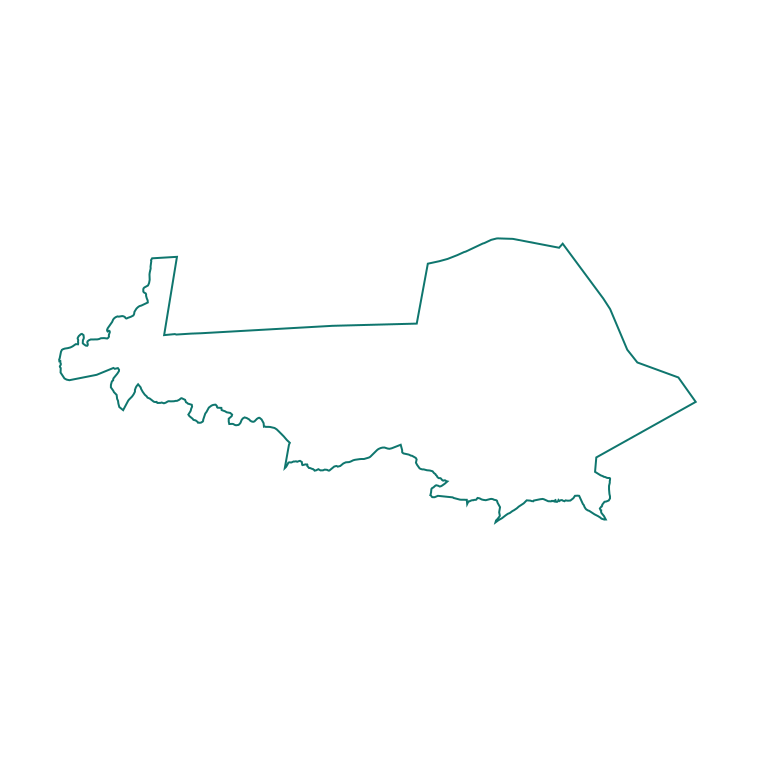 the district of El Barrio de la Soledad, Oaxaca, Mexico, rotated 226°
{"feature_id": "50627088B42092688569481", "entity_name": "El Barrio de la Soledad", "entity_type": "district", "adm_level": 2, "iso_a3": "MEX", "parent_name": "Mexico", "parent_adm1": "Oaxaca", "projection": "equal_earth", "projection_center": [-95.026, 16.802], "detail": "fine", "context": "isolated", "style": "outline", "palette": "teal", "viewbox_px": 768, "rotation_deg": 226, "n_neighbors": 0, "source": "geoboundaries", "source_scale": "gbopen_adm2", "svg_char_len": 6166}
<svg xmlns="http://www.w3.org/2000/svg" viewBox="0 0 768 768"><g transform="rotate(226 384 384)"><path d="M360.8,610.0L360.4,604.6L398.9,577.5L409.7,567.0L410.5,566.0L413.2,561.3L415.7,554.0L416.4,552.7L422.5,534.7L423.3,533.2L425.8,526.2L429.8,516.6L433.9,509.1L440.1,499.1L404.7,449.5L461.6,387.4L547.3,288.0L554.2,280.3L563.8,269.0L565.2,268.2L571.9,259.8L619.3,323.4L635.5,304.5L634.9,302.4L634.1,302.0L630.6,297.6L629.2,296.4L626.9,292.9L625.7,291.4L621.7,287.8L619.8,285.1L618.8,282.7L619.9,278.6L619.8,277.4L619.3,276.6L617.7,275.1L616.8,274.9L614.7,275.5L613.8,275.2L612.7,274.1L610.3,272.8L608.4,272.1L606.7,270.7L609.0,263.9L609.9,262.2L610.2,260.3L610.2,258.3L609.3,254.7L607.9,252.8L607.4,251.3L608.2,248.6L609.5,245.7L609.9,244.4L610.7,243.9L612.2,244.1L613.5,243.7L614.7,242.9L616.7,240.0L617.8,239.2L618.5,237.3L618.7,235.5L618.5,233.9L617.5,231.6L616.0,223.9L615.3,222.4L614.7,221.9L613.8,221.7L613.4,223.1L612.5,223.3L611.7,222.7L610.4,220.1L609.1,219.0L608.8,217.7L609.0,216.5L611.5,214.5L613.6,212.1L614.3,210.2L615.3,208.7L619.8,203.9L620.5,202.0L620.6,200.4L620.1,199.5L618.3,198.5L617.7,197.6L617.7,197.0L618.9,196.1L621.7,195.6L622.7,195.7L624.7,197.9L625.2,199.4L626.0,200.4L627.9,201.8L629.9,201.5L630.4,200.5L630.5,197.8L630.0,195.9L629.4,195.1L628.6,194.9L627.8,194.3L626.9,193.2L626.0,192.6L625.1,191.5L626.8,189.9L627.4,186.1L628.1,183.9L629.5,181.4L631.2,179.0L632.0,177.3L632.3,176.0L631.6,174.1L627.6,168.3L627.3,167.4L625.9,166.3L625.4,167.1L623.8,165.8L622.9,165.5L622.4,164.8L621.9,163.1L621.2,162.7L620.0,162.5L616.9,159.3L610.0,158.0L607.7,158.7L605.3,160.3L590.2,183.7L583.5,200.5L581.9,200.9L580.3,203.6L578.3,203.3L577.4,202.3L576.7,199.4L576.0,193.4L575.5,192.4L574.8,191.7L574.9,190.2L574.7,189.7L573.1,187.0L571.3,185.2L567.3,184.6L565.8,184.1L561.9,184.1L558.7,181.7L556.7,181.0L554.4,179.3L551.3,177.6L546.4,178.2L549.7,188.4L549.9,189.6L550.0,194.1L550.5,196.7L551.4,199.3L551.9,200.0L552.7,200.6L553.9,203.1L554.3,204.4L554.6,206.9L550.6,206.6L549.3,205.9L546.0,205.0L542.5,204.5L539.8,204.7L538.5,204.4L536.2,205.4L531.2,206.1L529.9,206.9L529.1,208.0L527.8,207.8L525.6,210.2L525.1,211.2L523.0,212.3L522.2,214.0L521.7,216.2L521.2,217.2L519.8,218.4L517.5,220.9L516.6,222.4L515.6,223.5L514.9,225.8L514.7,228.0L514.3,228.6L510.8,229.9L508.4,228.9L507.1,229.3L506.1,229.3L502.6,231.3L501.0,230.2L500.2,228.2L499.4,227.0L498.8,225.8L497.9,222.0L496.0,221.7L491.9,222.2L490.9,222.0L490.2,222.2L488.7,223.2L486.1,223.6L485.5,223.3L484.3,224.3L483.4,225.4L482.9,227.4L483.1,228.3L483.7,228.8L484.2,229.7L486.9,234.9L487.2,236.9L488.7,241.6L488.3,244.9L487.7,246.4L486.9,247.6L486.1,248.5L484.4,248.5L483.5,247.9L482.6,247.8L479.8,250.4L478.0,249.1L474.8,250.7L472.9,251.2L470.0,253.3L467.5,253.5L466.7,252.1L466.9,248.2L464.7,246.1L462.7,244.9L460.7,247.2L459.8,247.8L458.3,248.2L457.1,248.9L455.6,251.0L455.6,252.7L455.8,253.9L457.0,256.5L457.3,258.5L456.8,260.5L454.9,261.6L452.1,262.4L450.6,262.3L449.1,262.7L447.7,263.6L447.1,264.8L447.2,268.4L446.8,270.2L446.1,271.0L443.5,271.3L439.5,270.2L436.7,268.0L436.2,268.8L435.4,269.1L432.4,272.1L428.4,274.7L425.9,275.3L422.9,275.4L416.2,275.5L411.2,275.2L407.1,275.4L406.5,273.8L406.0,273.0L392.4,254.2L392.4,255.8L392.7,257.1L393.4,259.4L393.9,260.6L393.3,261.6L392.1,262.6L391.7,263.3L391.1,265.1L390.4,265.7L389.9,266.5L389.4,267.1L388.4,267.5L387.4,269.7L387.0,270.2L385.0,270.7L382.7,269.0L382.2,269.1L380.7,271.7L380.0,272.2L379.6,272.8L379.0,272.7L378.4,271.9L375.7,271.7L374.8,272.5L372.9,273.3L372.3,273.8L371.6,273.8L370.8,274.1L369.9,273.9L369.1,275.1L368.3,277.6L366.0,278.3L364.3,280.1L363.6,281.9L361.8,283.4L360.3,283.9L359.7,284.6L359.2,290.9L358.1,292.8L357.3,293.2L356.7,293.3L355.4,295.6L355.1,299.5L354.2,302.1L352.1,304.6L351.4,306.1L350.5,308.9L349.6,310.5L346.5,314.8L343.9,317.6L341.6,322.0L341.2,323.5L341.2,324.7L341.3,333.0L341.1,334.8L340.3,337.0L339.4,338.6L338.0,340.2L335.0,341.8L333.6,342.9L332.4,344.9L328.7,353.8L323.8,351.1L322.3,349.7L321.6,349.6L320.5,349.8L316.0,352.8L313.8,353.6L312.9,354.3L308.8,355.5L307.1,355.1L305.2,352.3L302.7,351.6L298.6,351.0L297.4,351.4L296.0,352.2L294.9,353.3L292.1,355.0L289.9,356.9L287.5,358.3L285.2,358.1L283.4,358.4L282.5,358.1L281.4,358.2L280.1,357.8L278.4,357.9L277.0,359.2L276.3,359.3L274.7,359.1L273.4,359.4L272.8,360.5L272.1,361.1L270.9,361.3L269.9,361.9L270.1,358.2L270.6,355.1L270.9,354.0L271.5,352.9L273.2,352.3L274.9,351.2L275.2,350.2L275.3,347.6L275.7,346.4L275.5,345.1L273.3,342.5L271.9,340.3L271.7,340.5L270.1,340.1L269.2,340.1L268.5,340.6L267.4,341.8L266.1,345.1L254.7,354.7L253.7,354.9L247.9,358.4L243.2,363.1L239.9,360.5L240.5,362.1L240.7,363.5L240.3,363.8L239.6,365.9L238.9,367.0L238.4,367.4L238.0,368.4L236.8,369.7L236.7,370.2L237.0,371.4L237.0,372.2L235.2,373.4L233.2,374.0L231.6,375.0L229.7,376.5L227.4,380.6L226.8,381.4L225.6,382.3L224.6,382.6L222.2,384.1L221.4,384.1L219.7,383.2L214.8,381.9L211.7,377.7L209.0,376.0L208.6,375.5L208.3,373.9L208.0,371.6L208.0,369.8L207.0,368.1L206.5,371.8L205.5,375.7L205.0,380.4L204.6,382.9L203.8,384.9L203.4,388.1L202.9,389.8L202.3,393.2L202.2,395.8L201.1,401.6L201.2,405.8L198.4,408.3L197.3,408.8L195.9,410.0L196.1,410.8L192.6,416.3L191.1,418.3L189.9,419.0L185.6,420.7L183.5,422.7L183.5,423.3L182.7,423.9L182.6,424.3L182.0,424.5L181.9,425.0L181.5,425.5L181.4,426.7L181.2,426.7L180.5,425.4L179.0,426.6L178.8,427.9L179.3,428.9L178.0,428.9L177.9,429.7L177.5,430.6L176.8,431.4L175.9,431.6L174.3,432.4L174.2,433.7L172.3,435.2L170.7,437.1L170.3,440.8L170.9,443.7L169.1,445.8L168.0,446.7L159.5,443.7L158.0,443.6L156.5,442.9L154.3,442.4L153.2,442.4L151.3,442.9L150.2,443.5L144.0,444.9L140.2,446.2L137.7,446.8L136.1,446.9L133.5,448.3L132.5,449.4L136.3,450.5L140.0,450.8L141.2,451.3L142.3,452.5L142.9,452.2L144.5,452.8L144.8,454.6L144.6,455.2L144.9,455.7L144.8,456.2L145.6,457.2L146.1,460.8L145.1,462.2L144.1,464.7L144.7,467.1L146.3,468.6L148.2,469.7L151.9,472.7L154.4,475.1L156.1,477.8L157.0,478.6L158.4,480.4L158.9,480.9L159.6,481.0L161.4,479.3L163.4,478.5L164.9,477.5L165.5,477.5L167.8,476.4L174.2,474.8L183.7,485.7L154.6,595.8L184.2,600.3L223.5,581.2L239.7,582.8L280.8,598.7L293.1,601.1L360.8,610.0Z" fill="none" stroke="#0f766e" stroke-width="2"/></g></svg>